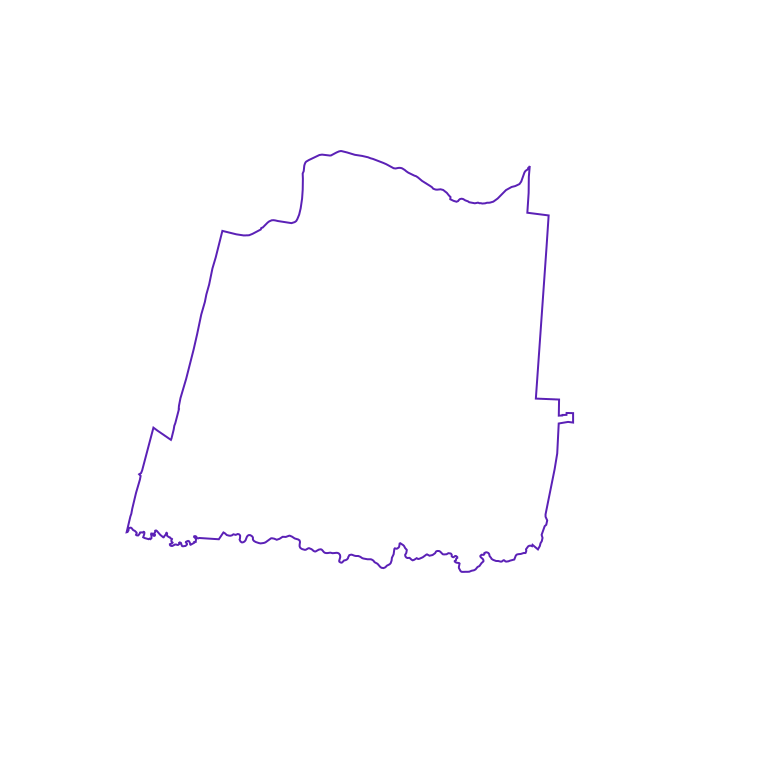 Olteni, Teleorman, Romania (Mercator projection), rotated 302°
{"feature_id": "2599482B69611777068875", "entity_name": "Olteni", "entity_type": "district", "adm_level": 2, "iso_a3": "ROU", "parent_name": "Romania", "parent_adm1": "Teleorman", "projection": "mercator", "projection_center": [25.276, 44.194], "detail": "fine", "context": "isolated", "style": "outline", "palette": "violet", "viewbox_px": 768, "rotation_deg": 302, "n_neighbors": 0, "source": "geoboundaries", "source_scale": "gbopen_adm2", "svg_char_len": 6166}
<svg xmlns="http://www.w3.org/2000/svg" viewBox="0 0 768 768"><g transform="rotate(302 384 384)"><path d="M614.2,434.3L605.2,414.8L622.7,405.4L636.5,397.0L646.1,392.1L645.0,392.2L643.8,391.8L642.3,392.2L639.8,391.1L637.9,391.0L628.4,393.1L625.3,392.9L621.4,390.4L618.7,387.8L613.1,384.7L601.5,382.1L596.6,380.1L593.8,377.6L592.3,375.3L590.8,374.0L589.1,371.7L588.7,370.4L587.9,369.2L587.6,367.6L585.4,365.3L583.6,360.7L583.3,359.9L583.4,358.4L582.8,355.6L582.8,353.2L582.3,351.7L581.2,350.5L579.8,350.0L578.4,349.9L577.0,348.9L576.2,346.0L575.8,342.3L577.8,341.3L578.3,339.1L579.4,336.0L579.9,331.3L579.1,328.8L576.9,326.0L576.2,324.6L575.7,322.3L576.3,320.4L576.4,318.3L576.4,308.7L577.2,303.0L577.2,300.9L576.8,299.4L576.1,292.6L576.2,290.2L576.5,288.2L576.5,285.2L576.2,284.0L575.6,282.7L574.8,281.6L572.9,279.6L572.1,277.8L571.6,269.5L571.1,266.1L569.0,255.3L568.3,253.0L567.8,250.3L565.8,244.5L562.9,237.8L560.8,230.0L559.0,224.5L558.5,223.7L557.3,222.5L555.1,221.0L549.7,217.9L549.0,216.9L545.7,209.9L544.0,207.9L534.1,201.6L531.4,200.2L530.2,200.0L528.3,200.3L526.9,200.7L522.0,203.1L519.4,203.5L515.0,206.5L505.7,212.1L497.8,216.3L488.9,220.2L482.7,222.3L478.0,223.1L475.7,223.2L474.0,222.5L471.4,220.3L466.0,207.7L465.1,205.1L464.4,203.5L463.3,202.0L461.1,200.5L459.3,199.8L452.3,198.2L451.4,197.3L449.7,197.6L441.6,192.9L438.6,190.7L435.7,186.4L432.7,179.5L428.2,165.8L402.2,174.2L391.0,177.3L375.7,183.0L365.8,185.9L358.7,188.6L346.1,192.2L327.3,199.1L312.6,204.2L283.5,213.5L264.1,218.9L256.8,221.7L254.1,223.1L254.1,223.4L240.1,227.8L237.5,228.3L233.9,229.8L225.0,232.7L223.7,232.9L224.4,216.7L224.8,211.6L182.5,224.7L179.7,225.2L177.7,224.2L177.1,226.3L173.5,227.7L160.3,231.4L144.8,236.6L140.0,238.5L137.3,239.1L121.9,244.3L122.5,244.9L124.4,244.9L126.0,244.1L126.8,244.1L128.0,245.4L128.0,246.4L127.2,248.7L127.4,250.5L126.9,252.8L126.5,253.3L124.7,253.6L124.6,254.4L125.2,255.7L125.6,255.9L128.0,256.1L128.7,255.8L129.4,256.5L130.1,258.0L131.2,258.4L131.4,258.9L131.1,259.5L129.8,260.2L126.4,261.0L126.5,262.6L127.7,266.7L128.6,267.1L128.6,268.1L129.9,268.5L131.8,267.4L133.2,266.0L133.9,265.9L134.3,266.6L134.4,267.4L133.3,268.9L133.3,269.3L133.5,269.7L134.1,270.0L134.8,269.7L135.3,268.6L135.7,268.3L137.1,268.4L138.3,267.7L138.6,267.9L139.0,268.3L139.0,269.3L137.5,274.2L137.0,278.1L137.3,278.4L139.4,278.4L140.4,278.8L142.2,278.3L142.6,278.5L142.4,279.2L140.9,279.9L140.3,280.8L140.2,282.7L140.5,283.6L140.0,284.8L140.3,286.0L140.2,286.4L138.4,286.7L137.8,287.3L137.5,288.7L136.6,288.6L134.7,287.3L134.1,287.7L133.8,288.4L133.9,289.3L134.5,290.3L136.1,291.3L136.6,291.3L137.2,292.0L137.8,293.0L138.0,294.0L138.5,294.7L139.8,295.2L140.7,294.4L141.4,294.7L141.6,295.4L141.6,296.0L139.7,298.3L139.6,298.9L139.9,299.6L141.5,301.5L143.0,301.9L143.6,301.9L144.1,301.5L144.8,299.8L145.2,299.7L146.1,300.2L147.1,301.0L147.3,302.1L146.0,304.2L145.2,304.7L145.2,305.2L148.8,307.2L149.5,306.8L150.3,308.0L152.6,306.9L153.3,305.7L153.7,303.9L154.4,303.8L155.1,304.9L155.0,305.8L154.3,307.0L154.5,308.1L155.5,308.9L164.8,326.2L173.0,326.5L173.1,328.0L172.6,330.7L173.3,333.0L173.9,334.1L175.0,335.2L176.7,335.9L177.5,338.2L179.3,339.5L179.7,340.7L179.6,341.5L179.0,342.5L176.7,343.7L175.5,344.0L174.4,345.8L174.3,347.2L174.5,347.7L175.5,348.7L176.7,349.2L178.0,349.4L181.7,348.7L183.1,348.8L184.1,349.3L184.8,350.3L185.0,351.0L184.9,353.1L184.6,353.7L184.3,354.2L182.6,355.3L182.0,356.7L182.0,358.8L182.8,362.2L183.4,363.8L185.5,366.3L186.9,367.4L193.3,370.0L193.8,370.7L194.6,372.7L195.1,375.6L197.3,377.4L200.7,379.0L202.3,381.8L205.0,383.9L205.4,384.4L205.8,386.9L205.7,390.1L206.7,393.7L206.6,395.3L205.5,396.5L202.8,397.7L201.6,398.5L200.8,399.6L200.6,400.5L200.6,402.0L201.4,404.7L202.0,405.5L204.6,406.9L205.1,407.6L205.5,410.0L205.4,411.3L205.1,412.7L205.3,414.0L205.7,414.7L209.0,416.5L210.2,417.8L210.5,418.6L210.4,419.6L209.6,422.0L209.5,423.1L209.9,424.4L210.6,425.6L212.5,427.8L213.3,430.1L215.9,433.5L216.3,434.8L216.3,435.8L215.6,437.4L214.1,438.6L210.3,439.7L209.7,440.2L209.6,441.0L209.7,442.0L210.0,442.7L210.6,443.1L213.1,443.6L214.4,444.9L215.7,445.6L217.0,445.8L218.4,445.4L220.5,445.3L221.9,446.6L222.3,447.6L222.7,449.8L223.2,451.2L224.5,453.3L224.9,455.4L224.8,457.9L225.2,459.3L226.6,462.8L228.3,465.6L228.6,466.5L228.6,468.6L227.9,470.4L228.1,473.8L226.9,477.7L226.8,479.2L227.6,481.1L229.3,482.3L231.4,482.7L234.1,484.3L235.6,484.6L238.3,484.0L240.8,482.8L244.7,482.4L249.6,480.2L250.4,480.3L251.0,482.0L251.6,482.5L253.3,483.1L254.3,483.0L257.0,481.8L257.6,482.2L257.5,485.9L257.2,486.9L256.0,489.0L255.5,490.9L255.3,491.3L252.6,492.4L250.2,492.5L249.1,493.6L248.7,494.9L248.8,496.0L250.1,497.8L249.6,500.5L249.7,501.8L251.0,502.8L253.6,504.0L253.7,505.7L254.5,506.6L257.6,508.7L261.9,510.4L262.3,510.8L262.5,513.6L264.7,515.8L267.6,517.0L269.5,516.9L270.6,517.6L271.5,519.1L271.6,519.9L271.6,520.6L270.8,523.9L270.9,524.4L271.4,525.4L272.8,527.3L274.6,528.2L275.5,530.1L275.6,530.7L275.2,531.8L273.8,532.7L273.6,533.9L274.0,534.8L275.9,535.5L276.3,536.5L276.1,537.8L275.4,538.3L274.2,537.8L272.6,538.4L271.4,537.8L270.9,538.1L270.8,539.9L271.9,542.5L271.8,543.2L268.4,544.5L267.6,545.1L266.0,547.9L265.8,549.0L266.0,549.7L269.9,555.7L272.1,557.3L273.7,559.0L275.3,559.9L278.4,560.3L280.2,561.4L283.8,561.6L286.2,562.3L287.0,561.9L287.7,561.1L288.0,560.3L288.4,557.8L288.9,557.0L289.4,556.8L290.9,557.2L291.9,559.0L292.3,559.2L293.2,559.2L293.4,558.8L293.9,558.7L295.1,559.5L295.7,560.3L296.0,562.0L295.5,563.3L294.0,564.8L293.3,566.9L292.7,567.9L292.7,569.8L293.3,572.8L294.4,574.6L295.2,577.1L295.8,577.9L297.8,578.7L298.2,579.4L297.9,581.0L298.2,581.8L299.6,583.5L301.0,584.5L304.2,587.5L308.4,586.7L309.7,587.0L310.7,587.9L312.4,590.1L314.9,592.2L315.4,593.3L315.9,593.6L317.9,593.1L319.1,592.0L322.7,592.3L323.8,592.9L324.7,594.2L324.9,595.5L326.3,595.2L325.3,602.2L329.2,602.0L331.9,601.1L334.3,601.1L337.5,600.0L339.6,597.6L348.6,595.6L350.6,596.2L354.8,594.7L357.0,591.4L359.0,590.1L402.3,573.8L416.9,567.7L443.1,553.1L449.4,560.2L451.5,564.8L459.5,559.8L456.2,554.2L454.5,555.1L452.3,551.7L451.8,551.9L449.8,549.0L463.6,540.7L452.1,520.5L586.4,449.2L614.2,434.3Z" fill="none" stroke="#5b21b6" stroke-width="2"/></g></svg>